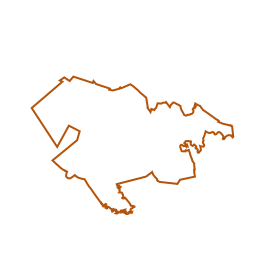 Amacuzac, Morelos, Mexico, rotated 138°
{"feature_id": "50627088B73948471129715", "entity_name": "Amacuzac", "entity_type": "district", "adm_level": 2, "iso_a3": "MEX", "parent_name": "Mexico", "parent_adm1": "Morelos", "projection": "albers", "projection_center": [-99.387, 18.588], "detail": "fine", "context": "isolated", "style": "outline", "palette": "amber", "viewbox_px": 256, "rotation_deg": 138, "n_neighbors": 0, "source": "geoboundaries", "source_scale": "gbopen_adm2", "svg_char_len": 5410}
<svg xmlns="http://www.w3.org/2000/svg" viewBox="0 0 256 256"><g transform="rotate(138 128 128)"><path d="M97.0,158.9L101.1,160.3L105.6,161.8L106.3,162.1L106.4,162.6L106.4,163.3L106.6,163.4L107.2,163.4L107.3,163.0L107.3,162.7L107.8,162.8L114.2,166.1L116.4,169.1L115.8,169.5L115.2,169.6L122.3,182.0L122.2,186.0L124.0,185.0L134.2,202.7L139.9,202.0L141.5,208.2L146.8,208.9L145.8,206.3L186.2,207.3L193.3,161.3L170.4,169.3L166.1,157.9L173.9,153.0L205.8,154.4L205.5,151.3L205.4,149.3L205.3,149.2L204.8,143.6L204.1,140.4L203.1,138.2L203.4,138.0L202.9,137.2L202.5,136.3L203.8,135.6L204.7,135.0L205.9,134.0L206.3,133.3L206.5,132.5L206.1,130.7L205.5,130.0L204.5,129.2L202.1,128.8L199.0,128.6L198.9,126.5L198.8,126.3L198.7,126.4L198.5,125.0L195.7,120.2L195.2,119.7L194.8,119.3L194.5,118.9L194.7,118.6L194.9,117.4L194.9,116.4L195.3,115.2L195.6,113.8L196.1,110.6L196.2,107.6L196.5,105.8L197.2,100.0L198.1,91.3L197.8,90.8L198.0,90.6L198.4,90.2L198.1,89.8L198.5,88.9L198.0,88.6L198.1,88.2L198.4,87.2L198.9,86.8L198.9,86.3L198.7,86.1L198.2,86.1L197.7,86.5L197.0,86.6L196.1,86.6L195.6,86.6L195.2,85.9L195.6,85.5L195.8,85.1L196.1,84.7L196.8,84.3L197.4,84.3L197.5,83.9L198.1,83.8L197.7,82.4L197.2,82.2L196.0,83.2L195.8,83.1L195.1,82.0L195.0,81.4L194.9,80.2L194.6,79.0L194.4,78.7L194.3,77.7L195.2,77.5L195.3,77.1L195.7,76.5L195.3,76.1L195.1,76.1L194.4,76.6L193.9,76.8L193.7,76.7L193.7,77.2L193.1,77.5L193.0,77.0L192.5,76.3L191.5,75.1L191.6,74.9L192.0,74.9L192.1,75.1L192.9,74.9L193.0,74.4L192.8,74.0L191.6,72.8L191.7,72.4L192.1,72.3L194.1,72.6L193.9,72.3L193.0,71.7L192.5,71.6L192.3,71.6L190.9,71.4L190.5,71.1L190.3,70.3L189.9,70.2L189.3,70.9L189.0,71.3L188.3,71.3L187.9,70.2L188.8,70.0L189.0,70.0L189.2,69.6L188.3,69.1L188.0,68.4L187.9,68.2L187.6,68.0L187.2,67.8L186.3,68.0L186.5,69.6L186.9,69.9L186.8,70.2L184.6,69.2L185.1,68.8L185.7,67.9L185.5,67.2L186.0,67.0L185.9,66.6L186.8,66.8L187.2,66.8L187.0,65.8L186.7,65.2L185.6,64.3L184.8,64.0L184.6,64.1L183.9,64.9L183.3,64.8L183.2,64.2L182.9,63.6L181.7,62.4L181.3,62.7L181.8,62.8L181.6,63.0L181.5,64.6L181.4,64.9L181.3,65.2L181.0,65.4L180.4,65.7L179.8,66.0L179.5,65.9L178.9,65.6L178.2,65.6L177.9,65.5L177.6,65.4L176.9,65.5L176.7,65.4L176.3,65.4L176.0,65.1L175.7,65.4L175.8,65.7L175.9,65.9L176.1,65.8L176.4,66.0L176.8,66.4L176.9,66.9L177.5,67.9L177.4,68.0L177.9,68.5L177.2,70.4L176.9,75.6L176.9,78.0L177.6,78.1L178.1,78.3L178.4,78.6L178.9,79.0L179.1,79.6L179.1,79.9L177.4,79.9L176.7,81.4L176.5,82.2L176.3,82.2L175.8,84.1L176.3,84.7L177.4,85.8L177.2,85.8L176.6,86.7L176.5,86.8L176.2,87.3L175.7,87.4L175.5,87.6L175.3,87.9L175.1,88.1L175.1,88.3L175.3,88.5L175.4,89.5L173.4,89.1L172.4,88.7L172.9,89.3L174.1,89.6L173.9,89.7L174.1,89.8L173.4,90.8L174.9,91.4L174.4,91.8L173.8,93.2L174.2,93.4L173.9,93.8L153.6,83.2L150.6,81.6L149.5,81.2L148.3,80.4L147.2,79.9L145.9,79.6L144.6,79.6L144.3,79.6L143.8,79.5L142.1,79.3L139.5,79.2L140.4,76.8L140.6,75.8L140.7,73.6L140.6,70.5L141.5,69.5L140.6,66.8L129.2,54.0L129.1,53.6L128.7,53.4L124.0,54.7L110.8,47.1L108.7,50.3L108.5,50.8L108.0,51.1L107.5,51.5L107.4,52.2L107.0,52.6L106.9,52.6L106.6,52.5L106.3,52.9L106.2,53.0L105.8,52.9L105.5,53.5L105.0,54.2L104.1,55.6L102.6,57.1L102.2,60.3L101.7,61.3L100.8,63.4L99.9,65.8L99.2,67.3L98.6,68.4L97.5,71.1L98.0,71.3L98.3,71.2L99.2,71.6L100.0,72.8L100.9,72.1L101.7,73.0L102.7,73.8L103.2,74.3L103.6,75.0L103.2,76.0L102.6,77.2L102.4,77.8L102.0,78.9L101.3,79.6L100.4,79.9L99.8,80.0L99.4,79.6L99.0,78.5L98.8,77.3L97.9,76.8L97.3,75.9L97.3,75.6L97.2,75.7L96.1,74.3L95.3,76.2L95.7,76.2L95.8,76.6L96.4,78.7L96.3,79.1L96.2,79.2L95.8,79.0L95.2,79.0L94.7,79.3L94.4,79.6L93.9,79.6L91.7,77.8L91.4,76.9L90.7,76.6L90.2,76.0L90.4,75.5L91.0,75.2L91.9,74.5L92.5,73.6L92.0,71.5L91.4,71.2L89.9,71.4L89.6,68.9L89.8,68.3L90.5,68.0L91.1,68.0L91.3,67.6L91.2,67.2L90.8,66.8L90.6,66.0L90.7,65.2L91.3,64.7L92.1,63.8L92.5,63.1L92.4,62.6L91.9,62.3L91.4,62.3L90.9,62.5L90.2,62.6L89.4,62.6L88.8,62.6L88.4,63.1L87.9,63.8L87.1,64.9L86.5,66.2L86.1,65.3L85.5,65.0L84.8,64.2L84.3,63.6L82.9,64.1L82.5,65.3L82.3,66.6L81.6,67.7L80.3,68.0L79.9,68.9L79.0,70.0L76.4,71.2L72.5,73.5L72.2,72.4L71.7,71.1L71.1,70.2L70.6,69.6L70.1,69.3L69.0,68.8L68.6,68.7L68.2,68.7L67.8,68.3L67.5,67.9L67.3,67.3L67.3,67.0L67.3,66.7L67.8,65.8L67.8,65.1L67.6,64.9L67.2,64.7L66.5,64.5L65.9,64.4L65.4,64.4L64.4,64.6L63.8,64.5L63.1,64.2L62.9,63.9L62.5,62.7L62.4,61.9L62.5,59.5L62.8,57.4L62.9,57.2L63.9,57.1L64.3,56.9L64.8,56.5L64.8,56.2L64.7,55.9L64.4,55.6L64.2,55.5L63.9,55.5L61.8,56.0L60.4,56.1L59.1,55.9L58.4,55.6L57.9,55.2L56.7,53.9L56.5,53.4L56.5,53.0L56.5,52.2L56.3,52.3L56.5,51.0L55.7,51.0L54.8,52.3L49.6,59.4L49.9,60.0L49.5,60.5L50.5,61.7L50.7,61.9L50.6,62.0L50.8,62.1L51.2,62.7L53.9,66.7L54.3,67.1L56.8,72.1L55.8,72.4L56.1,74.5L56.4,74.7L56.8,76.0L57.3,78.8L58.9,86.0L60.0,90.6L60.2,91.1L59.7,96.3L60.6,97.9L61.6,101.2L62.5,100.6L63.0,98.9L63.5,98.9L63.8,99.8L64.5,99.3L64.3,98.3L65.1,98.1L66.0,98.6L66.3,98.9L66.8,98.8L67.4,98.6L67.4,98.0L67.9,96.9L69.0,96.1L70.5,95.7L71.6,96.0L72.6,96.6L73.5,96.8L74.2,97.2L74.8,97.9L76.0,98.0L76.8,98.6L77.1,99.4L77.5,99.9L75.9,106.7L74.3,109.4L76.8,116.2L77.4,116.7L78.2,116.7L79.4,116.6L80.8,116.4L82.9,115.5L82.4,121.9L83.5,121.9L83.9,122.3L84.4,122.9L85.1,123.4L85.6,123.6L86.1,123.6L86.8,123.8L89.5,126.5L93.4,124.3L95.8,124.0L96.4,123.7L97.2,125.4L97.7,125.4L97.9,126.3L98.0,126.5L100.6,124.8L100.0,129.8L99.7,129.8L94.2,138.3L95.3,146.5L95.3,149.0L96.2,155.6L97.0,158.9Z" fill="none" stroke="#b45309" stroke-width="2"/></g></svg>